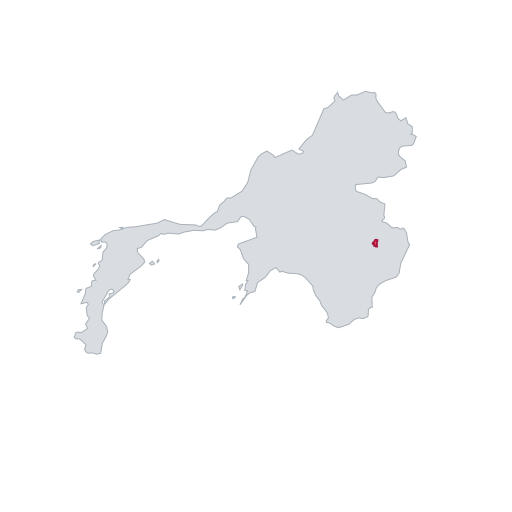 Chai Wan, Udon Thani, Thailand shown in context, rotated 62°
{"feature_id": "78962969B11605835659379", "entity_name": "Chai Wan", "entity_type": "district", "adm_level": 2, "iso_a3": "THA", "parent_name": "Thailand", "parent_adm1": "Udon Thani", "projection": "orthographic", "projection_center": [103.294, 17.228], "detail": "fine", "context": "in_parent", "style": "filled", "palette": "rose", "viewbox_px": 512, "rotation_deg": 62, "n_neighbors": 0, "source": "geoboundaries", "source_scale": "gbopen_adm2", "svg_char_len": 5283}
<svg xmlns="http://www.w3.org/2000/svg" viewBox="0 0 512 512"><g transform="rotate(62 256 256)"><path d="M220.9,60.3L221.3,62.2L223.3,59.7L225.9,58.5L230.9,64.2L231.4,66.6L227.6,75.5L228.1,78.5L230.4,81.0L233.3,82.5L236.3,82.1L242.0,79.6L248.2,81.4L247.7,87.3L249.9,96.8L246.7,106.5L243.6,111.2L245.9,115.4L246.0,119.3L239.8,134.3L241.0,135.5L244.8,137.2L246.4,136.7L252.8,130.8L259.9,126.3L262.1,122.4L266.6,121.1L270.6,117.7L279.7,123.8L282.1,124.3L283.3,125.4L283.7,127.9L284.9,128.3L288.6,124.9L294.9,122.7L297.4,117.5L300.3,115.9L300.1,113.4L301.0,112.4L306.1,112.2L313.9,114.9L316.6,115.4L317.9,114.8L330.3,131.5L338.4,137.8L340.4,142.2L338.6,153.4L338.8,159.8L340.6,164.7L344.0,168.1L346.6,172.9L355.9,177.5L355.2,178.7L355.8,181.7L361.6,185.2L362.1,186.3L361.5,190.9L358.9,194.3L358.3,197.2L358.4,200.6L359.9,205.9L358.1,216.8L354.7,219.9L350.2,222.1L347.7,225.0L345.9,224.3L345.0,221.3L340.0,219.7L330.4,221.3L325.6,220.7L319.1,221.7L312.9,221.3L309.1,220.0L298.7,222.4L294.3,224.6L291.1,227.7L286.3,235.6L281.5,240.5L281.5,242.5L275.6,243.7L275.8,250.5L279.2,257.9L280.2,267.1L286.9,273.7L285.6,278.3L286.4,282.8L291.6,293.1L287.9,288.2L287.1,284.9L282.7,279.7L281.2,282.2L276.1,278.4L273.9,274.5L273.1,276.2L267.9,270.8L262.7,267.8L259.8,266.5L252.4,268.3L243.1,266.8L239.5,268.1L238.0,267.2L237.2,265.6L239.9,246.3L231.9,243.8L230.5,242.5L228.8,243.9L220.9,244.6L215.1,248.1L214.4,251.0L216.9,256.4L213.5,265.9L214.5,274.9L214.0,279.9L209.9,286.1L208.8,291.1L204.2,298.7L201.1,308.4L200.3,314.0L194.8,322.5L193.5,327.4L191.6,329.1L192.3,333.0L191.3,344.8L194.6,353.4L193.6,357.4L197.3,358.9L206.1,356.4L209.1,357.1L210.9,361.8L213.0,375.8L216.7,380.2L217.6,378.1L219.3,380.3L220.6,384.5L225.1,406.6L227.6,412.4L224.7,410.9L223.2,403.9L220.6,403.6L221.5,399.3L219.9,397.7L217.3,398.9L217.3,402.3L224.3,413.4L228.6,413.7L234.1,418.6L240.2,422.2L247.8,421.1L253.0,422.3L256.1,425.3L261.0,432.7L269.1,438.9L267.9,442.8L264.7,445.9L263.0,449.9L260.8,451.1L257.8,451.1L254.5,447.7L246.4,450.7L244.6,453.9L242.6,454.7L239.1,451.1L239.4,449.1L241.6,446.2L241.0,438.7L236.2,438.5L233.0,432.8L232.0,432.2L229.7,433.1L222.1,430.3L219.9,426.7L217.6,427.0L216.0,433.0L209.4,424.7L204.8,421.3L205.5,415.2L202.3,413.8L201.0,412.1L202.2,408.5L197.9,409.0L195.9,407.9L193.4,401.3L191.3,398.6L188.5,398.6L187.5,397.3L187.8,394.1L180.8,389.3L178.6,384.0L175.4,381.6L173.2,382.2L171.1,385.9L169.5,385.6L168.0,384.6L166.3,379.3L166.5,370.1L168.8,364.8L170.2,356.2L173.5,349.0L180.5,328.1L180.9,319.8L192.5,308.1L200.3,294.6L202.8,292.7L204.0,290.2L200.1,279.1L198.4,271.4L198.7,269.4L194.0,264.2L192.8,258.2L191.6,256.3L191.2,254.3L193.0,250.9L192.2,237.8L187.1,228.7L177.7,220.2L169.6,207.7L168.5,203.3L168.4,197.2L175.3,193.2L178.0,193.0L179.3,174.6L185.2,171.2L186.5,169.7L187.1,166.6L185.8,164.8L182.0,167.8L181.2,167.1L176.8,156.1L175.9,149.5L157.8,126.8L158.7,123.1L156.3,113.5L153.5,113.3L151.7,111.5L149.9,107.1L153.5,107.8L159.4,105.5L158.7,96.2L161.3,90.9L161.9,82.1L166.5,77.0L167.2,74.4L169.6,74.1L172.8,76.1L176.2,76.3L190.1,74.3L191.9,72.0L192.9,67.2L194.3,65.6L197.4,65.3L200.9,66.3L204.7,64.5L204.2,58.7L210.7,59.9L215.1,57.3L220.9,60.3ZM171.4,388.4L170.4,395.2L167.6,396.5L166.8,392.5L168.5,386.2L169.2,387.7L171.4,388.4ZM215.4,349.2L214.9,352.6L212.5,353.6L211.9,349.9L215.4,349.2ZM275.4,281.3L278.3,286.1L274.9,285.7L274.3,281.1L275.4,281.3ZM203.8,430.7L202.3,428.7L203.6,425.6L204.9,429.4L203.8,430.7ZM175.9,389.3L175.2,393.0L174.0,387.8L175.9,389.3ZM215.5,346.3L214.2,345.9L213.1,343.7L214.7,343.7L215.5,346.3ZM187.6,400.7L189.1,405.2L187.3,403.1L187.6,400.7ZM283.0,293.9L282.5,296.7L281.0,295.5L282.0,293.5L283.0,293.9ZM168.5,361.8L166.9,362.8L168.2,360.2L168.5,361.8Z" fill="#d9dde1" stroke="#a8b0b8" stroke-width="1"/><path d="M300.1,141.9L299.9,141.8L299.9,141.7L299.7,141.7L299.4,141.5L299.3,141.4L299.1,141.2L298.9,141.1L298.8,141.3L298.7,141.6L298.4,141.7L298.4,141.8L298.2,142.1L298.1,142.3L297.9,142.4L297.9,142.6L297.7,142.8L297.6,143.1L297.7,143.3L297.8,143.4L297.8,143.6L298.0,143.8L298.0,144.1L298.3,144.4L298.5,144.4L298.6,144.5L298.8,144.6L298.9,144.8L299.2,145.3L299.3,145.5L299.2,145.8L298.9,145.9L298.9,146.0L299.0,146.1L299.0,146.3L299.0,146.5L299.3,146.7L299.5,146.7L299.5,146.8L299.6,147.0L299.7,147.3L299.8,147.3L300.1,147.2L300.4,147.2L300.6,147.1L300.8,147.0L300.8,146.9L300.7,146.8L300.7,146.7L300.5,146.4L300.4,146.4L300.3,146.2L300.5,146.2L300.5,146.3L300.7,146.2L300.8,146.2L300.8,146.3L301.0,146.3L301.1,146.2L301.2,146.3L301.3,146.3L301.5,146.4L301.7,146.5L301.7,146.4L301.8,146.4L301.9,146.2L302.0,146.3L302.0,146.2L302.3,146.2L302.5,146.2L302.6,146.3L302.6,146.2L302.6,146.3L302.8,146.3L302.7,146.3L302.8,146.3L302.9,146.2L303.0,146.2L303.0,146.3L303.3,146.2L303.5,146.0L303.5,145.9L303.8,145.8L304.0,145.8L304.0,145.7L304.1,145.4L304.2,145.2L304.3,145.2L304.6,144.9L304.8,144.7L304.7,144.6L304.4,144.5L304.2,144.6L303.9,144.5L303.9,144.4L303.7,144.3L303.6,144.2L303.5,144.3L303.4,144.3L303.4,144.2L303.2,144.0L302.9,144.1L302.8,143.9L302.7,143.9L302.7,143.7L302.3,143.5L302.2,143.5L302.0,143.4L301.9,143.4L301.7,143.3L301.7,143.2L301.4,143.1L301.2,143.2L300.9,143.1L300.7,143.1L300.6,142.9L300.5,142.7L300.4,142.7L300.3,142.4L300.2,142.4L300.2,142.2L300.1,141.9L300.1,141.9Z" fill="#f43f5e" stroke="#9f1239" stroke-width="1.5"/></g></svg>